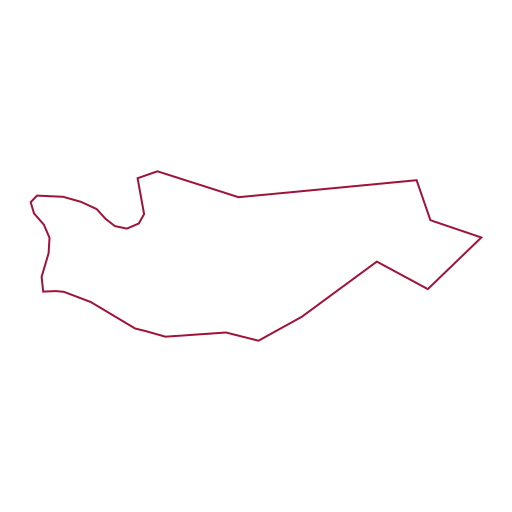 an SVG outline of Ikskiles
{"feature_id": "LVA-5761", "entity_name": "Ikskiles", "entity_type": "Municipality", "adm_level": 1, "iso_a3": "LVA", "parent_name": "Latvia", "parent_adm1": "", "projection": "natural_earth1", "projection_center": [24.522, 56.856], "detail": "fine", "context": "isolated", "style": "outline", "palette": "rose", "viewbox_px": 512, "rotation_deg": 0, "n_neighbors": 0, "source": "natural_earth", "source_scale": "10m", "svg_char_len": 521}
<svg xmlns="http://www.w3.org/2000/svg" viewBox="0 0 512 512"><path d="M146.1,331.2L135.1,328.5L90.9,302.1L63.8,291.8L55.5,291.1L43.2,291.6L41.6,276.9L48.6,253.2L49.5,237.8L43.9,224.7L34.0,213.4L30.7,202.2L37.0,195.6L63.2,196.8L81.1,201.9L96.7,209.1L105.6,218.9L114.9,226.1L126.9,228.6L138.8,223.5L144.1,214.1L137.6,178.2L157.4,171.3L238.5,197.2L416.6,180.2L430.4,220.2L481.3,237.5L427.8,289.1L376.8,261.6L301.9,316.7L258.5,340.7L225.9,332.5L165.4,336.7L146.1,331.2Z" fill="none" stroke="#9f1239" stroke-width="2"/></svg>